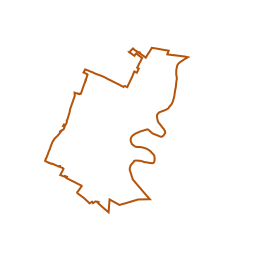 outline of Manoleasa, Botosani, Romania, rotated 59°
{"feature_id": "2599482B28804438826094", "entity_name": "Manoleasa", "entity_type": "district", "adm_level": 2, "iso_a3": "ROU", "parent_name": "Romania", "parent_adm1": "Botosani", "projection": "albers", "projection_center": [27.057, 48.009], "detail": "fine", "context": "isolated", "style": "outline", "palette": "amber", "viewbox_px": 256, "rotation_deg": 59, "n_neighbors": 0, "source": "geoboundaries", "source_scale": "gbopen_adm2", "svg_char_len": 5584}
<svg xmlns="http://www.w3.org/2000/svg" viewBox="0 0 256 256"><g transform="rotate(59 128 128)"><path d="M126.1,206.5L128.7,204.6L129.3,204.3L129.5,204.2L129.8,204.4L130.1,204.7L133.4,210.3L135.8,208.5L137.4,207.2L137.1,207.1L136.7,206.8L138.4,205.4L139.2,206.5L144.1,203.5L145.6,202.5L148.0,201.0L148.7,200.5L149.7,200.0L151.2,199.0L153.4,197.6L153.5,197.5L154.0,197.6L154.8,199.5L155.7,201.5L156.6,203.8L156.8,204.5L157.0,204.7L157.3,204.9L157.5,205.0L159.4,204.3L160.2,204.0L162.6,202.9L163.7,202.6L164.4,202.2L165.5,201.8L170.3,200.4L171.7,200.0L172.8,199.8L172.7,196.8L174.4,196.7L174.2,193.7L174.6,193.3L175.6,191.9L176.3,191.4L176.6,192.4L180.9,191.2L190.3,188.1L179.8,180.6L189.6,174.9L190.8,170.2L191.0,169.9L191.1,169.5L192.0,165.8L194.5,156.1L200.3,146.0L190.8,147.7L174.6,150.4L164.9,148.1L164.2,147.7L163.6,147.3L162.5,146.3L161.9,145.6L161.7,145.3L161.2,144.4L160.9,143.7L160.7,143.0L160.4,142.2L160.0,140.6L159.6,140.0L159.4,139.7L159.5,139.0L159.8,138.4L160.1,137.8L160.6,137.0L162.2,134.7L162.6,134.2L164.3,132.6L164.9,132.1L165.4,131.8L166.2,130.8L167.0,129.8L168.9,127.7L169.3,127.1L169.9,126.4L170.7,125.4L170.8,125.1L170.9,124.8L171.0,124.5L171.0,123.9L170.7,123.3L170.3,122.8L169.7,122.1L168.4,121.2L167.3,120.6L165.9,120.0L165.6,119.9L165.3,119.8L164.9,119.7L162.9,120.0L162.3,120.1L161.3,120.5L161.0,120.5L160.3,120.5L160.0,120.6L158.8,121.0L158.2,121.2L157.0,121.8L156.4,122.2L155.8,122.5L154.5,123.4L153.8,124.1L153.5,124.4L151.8,125.9L151.6,126.1L151.4,126.4L150.7,127.2L150.3,127.8L150.0,128.4L149.2,129.4L149.1,129.7L148.8,130.3L148.1,131.0L147.3,131.6L145.7,132.2L144.4,132.8L143.5,132.9L140.8,132.4L139.8,132.0L139.3,131.7L138.8,131.3L138.1,130.5L137.5,129.6L137.0,128.3L136.8,127.7L136.8,126.9L136.7,125.2L136.7,123.8L137.1,121.1L137.1,120.5L137.2,119.7L137.4,119.1L137.6,117.8L138.1,116.4L138.2,115.8L138.5,114.4L138.6,114.2L138.7,113.7L138.8,113.4L138.9,112.8L139.0,112.5L139.3,111.9L139.6,111.7L140.3,111.3L141.7,110.9L143.8,110.3L145.2,109.8L145.8,109.4L147.0,108.6L148.4,107.4L149.8,106.3L150.4,105.9L151.1,105.5L152.2,104.6L152.7,104.0L152.8,103.7L152.9,103.3L152.8,101.8L152.6,101.2L151.7,99.1L151.5,98.8L150.9,98.4L150.6,98.2L149.9,98.0L149.1,97.9L147.7,97.9L146.9,97.9L145.5,98.2L143.7,98.4L142.6,98.5L140.4,98.8L139.7,98.9L139.0,99.0L138.6,99.0L137.6,98.9L137.0,98.7L135.9,98.4L133.0,97.2L132.5,96.9L132.2,96.7L131.6,96.1L130.9,94.3L130.7,93.1L131.2,90.0L131.4,89.1L131.6,88.4L131.6,87.7L131.9,85.9L132.0,84.8L132.0,84.0L131.9,83.3L131.8,82.9L131.4,82.4L131.0,81.3L130.4,79.5L130.1,78.5L129.2,77.2L128.9,76.6L128.7,76.3L128.2,75.7L127.2,74.7L126.7,74.1L125.1,72.4L124.5,71.9L123.1,70.7L121.9,69.8L121.3,69.3L119.6,67.9L118.0,66.3L117.0,65.5L115.0,64.1L114.5,63.6L113.1,62.6L112.6,62.2L111.1,60.9L109.9,60.2L106.8,59.0L103.9,57.2L102.8,56.4L100.8,54.6L99.8,53.6L99.5,53.1L99.0,52.2L98.7,51.2L98.5,50.2L98.3,48.6L98.3,46.2L98.1,44.2L98.2,40.6L98.2,40.2L96.3,42.2L95.9,42.6L94.7,44.2L92.6,46.8L92.3,47.2L92.0,47.6L90.2,49.9L89.2,51.1L89.3,51.2L85.1,56.4L84.1,55.2L83.8,54.7L82.7,53.3L77.9,58.9L74.1,63.2L71.5,66.4L72.3,67.5L72.8,68.6L74.0,70.9L74.2,71.3L74.5,72.1L74.7,72.6L75.1,73.2L75.7,74.5L76.9,76.5L75.6,77.0L73.1,78.1L72.0,78.6L69.8,79.5L69.7,79.5L69.4,79.3L69.3,79.0L69.2,79.0L69.2,79.5L69.0,80.0L68.9,80.1L68.2,80.2L67.0,80.8L66.0,81.4L64.4,82.2L63.5,82.6L63.3,82.6L63.2,82.5L62.4,82.7L62.8,84.6L63.2,85.9L63.4,86.9L63.6,87.7L63.5,87.9L64.3,87.8L64.5,87.7L64.8,87.3L65.3,87.0L65.7,86.8L66.5,86.6L69.4,85.3L69.2,85.0L69.0,84.3L68.8,84.0L68.6,83.4L68.5,83.1L68.3,82.5L70.9,81.6L75.3,79.8L76.1,81.2L77.3,83.0L78.5,85.1L79.4,86.4L81.0,89.1L82.7,88.2L83.1,89.0L83.3,89.3L84.2,90.4L85.1,92.0L82.8,93.4L83.2,94.1L84.7,96.0L86.4,98.3L89.0,102.2L89.3,102.6L90.0,103.7L90.2,104.0L90.3,104.2L90.8,105.0L92.6,107.6L90.6,108.9L90.2,109.7L90.2,110.0L90.5,110.7L88.6,111.9L87.6,112.5L87.0,112.8L86.0,113.4L81.4,116.4L77.5,118.8L77.0,119.3L76.0,119.8L75.5,120.1L75.2,120.3L72.3,122.0L69.5,124.0L66.0,126.9L63.6,128.7L63.0,129.0L62.5,129.3L62.0,129.7L61.4,130.1L60.8,130.7L60.4,131.0L57.6,133.0L57.2,133.5L56.2,134.1L55.7,134.5L57.5,137.5L61.0,135.2L61.3,135.1L64.7,139.0L64.9,139.2L64.9,139.3L64.8,139.5L65.2,139.9L65.5,139.7L66.8,141.4L66.7,141.5L69.9,145.4L71.0,146.8L71.5,147.2L71.7,147.5L74.4,150.9L73.7,151.5L73.7,151.8L73.9,152.2L73.9,152.4L73.8,152.5L73.1,153.1L72.6,153.2L72.4,153.3L72.1,153.9L71.9,154.2L70.2,155.6L72.9,157.0L73.0,157.1L73.2,157.3L81.3,167.0L82.0,167.8L83.3,169.0L83.8,169.4L84.3,169.9L85.1,170.6L86.0,171.7L86.3,172.0L87.8,173.7L88.2,174.1L88.4,174.4L89.3,175.3L89.5,175.5L89.7,175.9L89.8,176.2L89.9,176.6L90.0,176.7L90.5,176.9L90.9,177.0L91.1,177.1L91.4,177.4L91.7,177.8L91.9,177.9L92.3,178.6L93.2,180.1L92.5,180.6L92.0,181.1L92.9,182.7L94.3,181.7L94.7,182.1L95.0,182.5L95.3,182.9L96.1,184.2L95.8,185.4L96.1,186.0L95.8,186.4L95.8,186.5L95.9,187.7L96.0,188.0L96.7,187.7L97.7,190.3L97.8,190.5L97.8,190.8L97.8,191.0L98.0,191.4L98.2,191.7L98.7,193.5L98.8,194.2L99.0,195.1L99.4,196.6L99.7,197.3L100.3,198.3L100.8,199.4L101.2,200.1L101.9,201.0L102.6,201.9L103.0,202.5L104.0,203.8L104.4,204.1L104.9,204.8L105.7,205.7L106.2,206.3L106.9,207.4L107.5,208.2L109.4,210.5L109.9,211.3L111.4,213.1L111.7,213.4L111.8,213.5L111.9,214.2L111.9,214.3L112.6,214.7L112.8,215.1L112.9,215.3L113.1,215.7L113.5,216.0L113.7,215.9L114.8,215.2L115.5,214.8L115.9,214.5L116.5,214.1L116.8,214.1L117.1,213.9L117.4,213.6L117.3,213.4L117.5,213.3L118.1,212.9L119.4,212.0L119.4,211.4L122.5,209.2L125.5,207.1L125.5,206.9L125.3,206.7L125.2,206.6L125.3,206.3L125.5,206.1L125.6,205.9L125.8,206.0L126.1,206.5Z" fill="none" stroke="#b45309" stroke-width="2"/></g></svg>